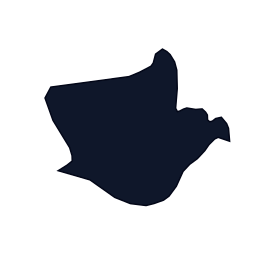 map outline of Cerkno (orthographic projection), rotated 233°
{"feature_id": "SVN-1010", "entity_name": "Cerkno", "entity_type": "Municipality", "adm_level": 1, "iso_a3": "SVN", "parent_name": "Slovenia", "parent_adm1": "", "projection": "orthographic", "projection_center": [13.959, 46.128], "detail": "fine", "context": "isolated", "style": "filled", "palette": "ink", "viewbox_px": 256, "rotation_deg": 233, "n_neighbors": 0, "source": "natural_earth", "source_scale": "10m", "svg_char_len": 757}
<svg xmlns="http://www.w3.org/2000/svg" viewBox="0 0 256 256"><g transform="rotate(233 128 128)"><path d="M207.1,91.0L168.4,159.8L165.6,170.7L163.5,183.5L164.7,187.3L170.4,194.5L170.3,203.0L165.7,205.0L161.3,205.8L152.8,205.0L144.9,201.8L129.8,191.0L115.1,177.9L111.3,177.3L110.4,179.6L109.7,183.7L108.6,187.0L102.1,193.2L98.6,198.7L94.0,199.5L90.6,199.2L86.6,196.4L83.8,197.0L82.7,199.5L82.8,203.7L80.4,209.0L72.2,209.4L67.3,208.1L56.3,201.2L66.3,194.4L67.1,190.6L66.0,182.7L63.7,175.7L61.8,164.9L61.9,155.5L60.2,145.8L52.4,131.5L48.9,119.7L49.0,113.0L52.0,103.4L55.2,95.8L66.2,84.4L80.5,75.7L109.5,66.4L135.9,46.6L135.0,56.9L135.2,63.6L139.6,66.7L147.4,69.6L179.2,72.7L201.9,79.8L207.1,91.0Z" fill="#0f172a" stroke="#020617" stroke-width="1.5"/></g></svg>